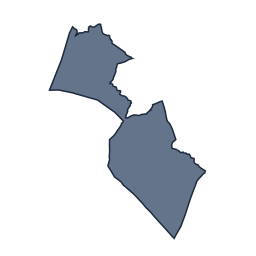 Santiago Ayuquililla, Oaxaca, Mexico, rotated 20°
{"feature_id": "50627088B92936623710949", "entity_name": "Santiago Ayuquililla", "entity_type": "district", "adm_level": 2, "iso_a3": "MEX", "parent_name": "Mexico", "parent_adm1": "Oaxaca", "projection": "mercator", "projection_center": [-97.985, 17.92], "detail": "fine", "context": "isolated", "style": "filled", "palette": "slate", "viewbox_px": 256, "rotation_deg": 20, "n_neighbors": 0, "source": "geoboundaries", "source_scale": "gbopen_adm2", "svg_char_len": 4642}
<svg xmlns="http://www.w3.org/2000/svg" viewBox="0 0 256 256"><g transform="rotate(20 128 128)"><path d="M108.3,61.1L107.9,61.1L107.5,61.1L107.3,61.1L107.1,60.7L106.8,60.4L106.5,60.4L106.2,60.4L105.9,60.4L105.6,60.5L105.1,60.6L104.9,60.4L104.4,60.3L103.5,60.3L103.2,60.2L102.3,60.1L101.3,59.7L101.1,59.6L100.6,59.4L100.2,59.1L99.9,58.7L99.7,58.3L99.4,58.1L99.2,57.9L98.7,57.9L97.6,57.4L84.1,53.9L84.0,53.6L83.8,53.2L83.6,52.7L83.4,52.0L83.1,51.7L82.6,51.5L82.2,51.5L82.0,50.8L81.4,50.7L81.1,50.5L80.7,50.0L80.4,49.8L80.0,49.5L79.8,49.1L79.5,48.4L79.2,47.9L78.7,47.6L78.1,47.5L77.7,47.7L77.3,48.0L76.9,48.3L75.5,48.1L74.8,48.1L73.1,48.1L72.8,48.0L72.5,47.9L72.0,47.7L71.6,47.4L71.3,46.9L70.9,46.6L70.5,46.1L70.2,45.5L69.9,44.8L69.5,44.3L69.0,43.7L68.7,42.9L68.6,42.7L68.4,42.4L68.1,42.0L67.8,41.7L67.5,41.5L67.2,41.1L67.2,40.8L67.1,40.5L67.0,40.2L66.9,40.0L66.5,40.0L66.2,40.0L65.9,40.0L65.5,40.3L64.9,40.6L64.4,40.9L64.1,41.4L63.7,41.9L63.5,42.4L62.4,43.8L61.8,44.5L60.8,45.1L60.2,45.4L59.4,45.3L58.3,44.9L58.0,44.9L57.4,45.3L57.1,45.7L56.8,46.3L56.6,46.9L56.7,47.7L57.0,48.4L57.2,48.9L57.4,49.5L57.7,50.4L57.7,51.3L56.3,51.8L55.6,51.9L55.1,52.0L54.6,52.3L54.3,52.6L53.4,53.5L53.1,53.8L52.6,54.2L52.1,54.5L51.5,54.6L50.8,54.8L50.3,55.0L49.7,55.3L49.3,55.8L49.1,56.3L48.9,56.7L48.7,57.4L48.1,58.0L47.6,58.5L47.1,59.3L47.0,58.8L47.0,58.5L47.1,58.2L47.2,57.7L47.4,57.3L47.6,56.4L47.6,55.9L47.5,55.4L47.3,55.0L47.0,54.5L46.7,54.2L46.4,53.7L46.1,53.3L45.6,53.1L44.3,53.1L43.9,53.0L43.4,52.8L42.9,52.7L42.2,52.3L41.7,52.0L41.3,51.9L40.5,58.8L40.9,64.5L40.9,64.8L40.9,65.5L41.4,72.7L42.2,86.9L41.9,96.2L41.7,103.6L41.3,119.3L49.8,116.0L56.0,115.1L64.1,113.9L66.4,113.8L89.9,112.1L101.5,115.4L101.8,115.4L109.3,117.5L110.5,117.8L110.8,118.0L112.7,118.9L121.4,123.1L121.3,123.8L121.3,124.0L120.8,125.0L120.4,125.9L120.4,126.2L120.6,127.9L120.3,128.9L119.5,132.2L118.9,134.0L118.1,137.7L117.4,139.9L114.6,145.2L117.0,151.9L117.2,152.2L117.5,153.1L117.7,153.5L117.9,154.2L118.6,155.9L120.5,162.2L121.5,163.8L121.9,169.1L122.1,170.5L122.6,170.9L123.0,171.3L126.7,174.1L127.4,174.7L132.2,178.7L134.5,179.3L138.1,180.4L139.7,180.9L140.4,181.4L143.4,183.4L144.9,183.9L145.1,183.9L151.1,186.2L157.1,188.6L165.0,192.7L166.6,193.4L171.8,196.5L178.5,199.6L183.7,202.6L185.0,203.3L191.7,206.8L192.9,207.4L209.1,216.0L209.2,215.1L209.4,214.0L209.5,212.7L211.3,202.6L211.4,189.6L211.2,184.3L211.0,180.1L210.9,178.2L210.8,170.1L210.8,168.9L210.8,168.4L210.8,166.7L210.8,166.1L210.8,165.8L210.8,163.2L210.9,160.7L210.9,159.6L210.9,158.4L210.9,156.8L210.9,155.2L211.0,154.0L211.5,152.6L214.4,145.4L214.5,145.2L214.7,144.8L215.5,144.0L215.5,143.9L215.4,142.7L215.4,141.9L210.1,140.7L208.1,140.1L206.6,138.8L206.0,138.7L205.3,138.7L204.6,138.7L203.5,138.6L202.7,138.3L201.8,137.5L201.7,137.3L200.6,134.1L199.1,134.1L197.7,134.5L197.4,134.3L195.5,132.4L194.7,131.8L194.3,131.8L193.6,131.9L193.4,132.0L193.2,132.1L192.7,132.4L191.7,132.0L190.9,131.8L190.6,131.9L189.3,132.5L187.9,131.8L187.0,132.6L186.0,133.1L185.4,132.9L184.2,132.3L182.5,132.0L180.5,131.6L177.4,132.0L176.5,132.0L175.1,129.8L174.6,127.7L175.1,125.5L176.3,123.6L176.9,122.6L176.5,122.0L169.7,113.5L165.5,109.5L163.0,108.4L162.7,108.1L162.5,107.8L162.3,107.6L162.1,107.4L161.8,107.1L160.7,105.3L160.1,104.5L160.1,104.4L159.9,104.2L159.6,103.6L159.3,103.2L158.9,102.5L158.6,102.0L158.5,101.8L158.3,101.4L158.2,101.3L157.7,100.1L157.5,99.8L157.4,99.7L157.1,99.4L156.9,99.1L156.6,98.8L156.5,98.5L156.1,97.9L155.2,96.6L154.1,95.1L153.3,94.1L151.1,91.3L150.9,91.0L148.9,92.5L148.3,93.1L147.3,94.0L147.2,94.2L146.6,94.8L143.2,97.7L143.4,98.4L143.6,99.3L143.6,99.6L143.6,100.0L143.6,100.5L143.2,101.5L142.8,102.9L142.5,104.1L142.8,104.0L142.4,104.5L142.4,104.4L142.3,104.5L140.5,107.9L140.6,108.3L140.4,108.4L138.0,109.7L135.9,110.7L134.2,112.5L132.2,112.9L131.6,112.9L128.8,113.9L126.4,115.9L124.4,118.4L122.8,119.3L121.9,118.6L122.1,117.4L121.7,116.3L122.1,113.9L121.9,113.4L122.0,112.1L121.4,111.5L121.3,110.2L122.0,108.6L121.9,107.5L122.6,106.1L122.1,105.1L122.0,104.0L122.4,103.8L122.5,103.2L122.0,102.7L121.3,101.6L120.7,101.6L118.6,101.8L118.2,101.3L116.7,100.2L115.8,99.8L114.9,99.4L113.7,99.2L112.9,99.4L112.0,99.6L111.1,99.6L110.3,99.5L109.7,99.4L109.1,99.3L108.4,98.9L108.8,97.3L108.4,95.7L107.2,95.7L106.4,96.4L105.6,96.2L104.6,96.2L103.6,94.4L102.9,93.6L101.8,93.7L101.5,93.8L99.5,93.7L98.8,92.5L97.4,91.6L95.8,92.4L95.7,91.1L97.0,88.7L97.3,87.2L97.1,85.4L97.2,82.6L97.2,81.0L97.4,79.3L96.5,77.2L96.4,76.9L96.5,75.4L96.3,73.7L96.1,71.2L99.1,69.4L102.1,67.1L102.5,66.7L103.4,65.8L104.8,64.0L105.8,62.9L107.0,62.2L107.5,61.7L108.3,61.1Z" fill="#64748b" stroke="#1e293b" stroke-width="1.5"/></g></svg>